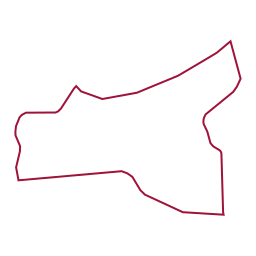 outline of Wandsworth
{"feature_id": "GBR-2079", "entity_name": "Wandsworth", "entity_type": "London Borough", "adm_level": 1, "iso_a3": "GBR", "parent_name": "United Kingdom", "parent_adm1": "", "projection": "natural_earth1", "projection_center": [-0.179, 51.455], "detail": "fine", "context": "isolated", "style": "outline", "palette": "rose", "viewbox_px": 256, "rotation_deg": 0, "n_neighbors": 0, "source": "natural_earth", "source_scale": "10m", "svg_char_len": 650}
<svg xmlns="http://www.w3.org/2000/svg" viewBox="0 0 256 256"><path d="M223.6,214.7L182.8,212.2L145.0,194.7L140.3,190.1L132.4,176.9L127.3,173.3L121.6,171.2L18.5,180.3L16.1,167.4L19.9,151.4L20.1,146.2L15.5,135.3L15.4,131.7L16.0,126.2L19.6,117.3L21.8,114.9L26.0,112.7L55.6,112.5L58.1,111.4L61.0,108.5L74.0,88.5L76.2,86.1L81.1,91.4L102.3,99.0L137.0,92.7L151.7,86.6L178.1,75.7L203.3,60.8L216.7,52.8L230.5,41.3L240.6,78.7L236.8,86.8L233.2,91.9L205.6,114.4L204.0,117.8L203.5,119.8L203.4,122.0L203.7,124.1L207.3,131.6L210.5,143.2L213.3,146.4L219.7,150.3L220.7,151.4L221.4,153.2L223.1,212.2L223.6,214.7Z" fill="none" stroke="#9f1239" stroke-width="2"/></svg>